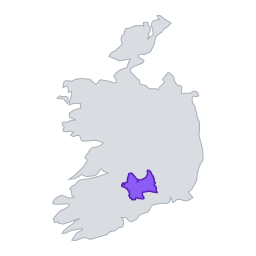 where South Tipperary sits in Ireland
{"feature_id": "IRL-5572", "entity_name": "South Tipperary", "entity_type": "County", "adm_level": 1, "iso_a3": "IRL", "parent_name": "Ireland", "parent_adm1": "", "projection": "mercator", "projection_center": [-7.948, 52.469], "detail": "fine", "context": "in_parent", "style": "filled", "palette": "violet", "viewbox_px": 256, "rotation_deg": 0, "n_neighbors": 0, "source": "natural_earth", "source_scale": "10m", "svg_char_len": 5836}
<svg xmlns="http://www.w3.org/2000/svg" viewBox="0 0 256 256"><path d="M162.1,31.9L156.7,35.8L155.8,37.2L154.3,43.1L154.1,44.8L150.7,51.3L148.8,52.7L145.9,53.7L144.2,54.8L142.2,54.2L139.6,54.3L138.3,55.5L138.3,56.4L139.1,57.4L143.9,60.4L143.7,61.7L142.3,63.1L133.7,66.6L131.1,68.7L130.2,70.1L131.1,72.4L138.0,79.3L139.2,80.1L140.2,84.1L146.3,85.8L148.8,88.3L150.9,88.9L155.5,88.7L157.4,89.7L158.5,89.0L159.1,87.6L164.3,82.7L162.7,79.0L167.9,72.7L169.4,72.8L171.9,74.7L173.9,77.4L174.5,81.0L176.5,84.2L177.7,85.3L181.0,85.9L181.8,87.2L181.2,91.8L181.7,93.4L190.2,93.2L193.7,91.2L196.6,91.6L198.1,93.7L198.7,95.8L196.2,96.6L193.5,96.1L192.2,97.5L192.1,100.2L193.0,103.7L194.8,106.1L196.2,111.7L197.4,117.8L199.2,121.4L199.6,126.0L199.3,128.2L199.7,132.3L198.9,133.7L199.5,137.4L202.6,149.5L203.2,158.9L201.7,162.4L199.6,165.7L198.3,169.7L197.3,173.9L196.6,180.8L192.2,188.7L190.3,190.7L188.2,191.9L192.9,197.5L189.0,200.0L184.8,200.8L180.1,199.4L177.2,199.5L173.4,202.4L172.6,201.9L170.8,197.3L169.5,202.0L166.8,203.5L162.2,203.2L154.5,204.5L151.5,205.8L150.3,207.9L149.3,210.3L148.1,211.7L146.8,212.5L140.8,214.3L139.6,215.0L136.8,218.9L133.2,221.1L130.2,221.8L127.5,219.5L126.4,218.2L125.2,217.5L121.1,217.6L122.4,218.3L123.2,219.9L123.6,222.9L123.2,225.9L121.1,227.4L118.7,227.7L114.9,230.8L109.9,231.6L107.2,234.5L90.5,239.3L89.6,239.3L87.3,238.1L84.8,237.6L82.3,238.0L75.3,240.6L71.9,240.1L76.3,233.4L82.0,230.1L82.6,229.1L80.7,228.7L69.7,231.0L65.9,233.0L62.1,233.6L63.9,230.6L68.8,226.4L73.1,223.6L74.9,221.2L80.1,218.4L63.4,224.1L59.0,223.4L57.9,221.8L54.5,222.6L53.2,218.7L58.3,212.8L61.2,210.2L64.8,208.9L68.1,206.9L69.4,204.5L67.8,203.7L57.7,204.3L52.8,203.8L53.1,201.9L54.0,199.7L59.0,196.1L61.7,195.5L64.1,195.9L68.4,198.0L74.1,197.3L71.7,195.0L71.3,190.2L69.5,188.7L71.8,186.4L74.5,185.1L78.9,180.5L80.5,179.9L89.3,178.7L98.8,176.3L108.2,173.0L103.4,171.2L101.1,168.7L97.4,173.7L94.7,175.6L87.1,176.6L84.8,176.0L81.4,174.5L80.4,175.1L79.4,176.2L74.4,178.7L69.1,179.3L75.2,174.8L83.0,167.2L84.7,164.8L87.2,160.7L86.4,158.8L84.8,157.8L90.4,149.1L92.4,147.6L96.0,147.3L98.6,146.0L99.8,145.9L100.8,145.4L103.1,142.8L99.6,141.2L95.9,140.3L84.5,141.2L83.0,141.1L81.6,140.3L80.7,139.1L80.0,136.2L79.2,135.5L76.6,135.5L74.1,136.4L72.3,136.3L70.6,135.0L73.3,132.0L69.7,131.3L66.1,131.9L63.1,131.0L63.0,129.1L64.4,127.2L62.6,125.4L62.2,123.1L64.1,122.0L66.2,122.4L70.5,120.7L75.9,119.9L71.2,118.2L69.4,116.8L69.3,114.6L69.7,112.7L75.1,109.6L80.8,108.2L80.4,106.1L80.8,103.8L75.0,103.2L69.2,104.8L69.8,100.4L71.2,96.5L71.5,94.0L71.2,91.2L68.5,92.4L68.2,88.5L67.1,85.8L63.1,87.6L63.2,84.1L64.3,81.6L66.4,80.6L68.5,81.0L72.3,81.0L76.0,79.1L81.4,78.6L89.9,79.2L95.7,84.5L97.2,83.5L99.6,80.2L100.6,79.8L109.5,81.3L114.9,83.2L116.4,82.6L115.6,78.9L113.7,76.4L116.1,73.0L119.0,70.7L120.9,69.6L125.3,68.2L127.3,66.9L128.5,62.5L130.6,58.9L119.5,60.8L108.9,56.5L110.5,53.5L112.8,51.8L116.6,50.4L117.0,48.9L119.0,47.5L122.2,44.1L121.0,39.5L121.6,36.2L124.0,34.0L124.7,30.9L125.7,28.6L130.5,27.8L135.0,25.7L142.0,25.4L143.8,26.3L143.4,22.5L146.7,22.0L148.0,22.7L148.5,25.4L150.0,27.1L150.5,30.1L149.5,32.4L147.8,34.1L149.3,35.9L147.0,39.2L149.5,37.8L153.2,34.6L153.0,32.0L152.4,28.7L151.3,25.8L151.8,22.5L153.9,20.5L159.3,19.4L157.0,15.7L159.0,15.4L161.2,16.1L164.3,19.0L171.0,23.1L167.7,26.7L163.7,29.2L162.1,31.9ZM68.1,101.9L67.9,103.6L65.4,101.4L64.1,99.2L57.1,98.1L60.0,95.8L61.5,96.5L66.4,96.6L67.8,97.5L68.1,101.9Z" fill="#d9dde1" stroke="#a8b0b8" stroke-width="1"/><path d="M157.1,192.5L153.0,192.0L151.6,191.5L149.3,191.1L144.2,192.0L143.3,192.1L143.0,192.1L142.8,192.3L142.5,192.7L142.4,193.1L142.3,193.4L142.4,193.8L142.4,195.0L142.6,195.9L142.6,196.0L143.2,196.2L143.4,196.3L143.5,196.4L143.6,196.6L143.6,196.8L143.7,197.2L143.8,197.7L143.9,198.5L143.6,198.7L143.1,198.8L138.6,198.4L138.2,198.2L137.7,197.9L137.1,197.7L136.0,197.8L135.7,197.9L135.5,198.3L135.5,198.5L135.5,198.8L135.5,199.2L135.5,199.4L135.2,199.6L134.8,199.7L131.8,199.6L131.9,199.1L131.8,198.7L130.7,198.4L130.2,198.2L130.0,197.9L129.8,197.6L129.7,196.9L129.4,196.1L128.8,195.6L129.7,194.3L129.8,194.1L129.8,193.8L129.7,193.7L129.4,193.4L129.2,193.3L129.1,193.1L129.1,192.8L129.4,191.4L129.4,191.0L129.3,190.8L128.3,190.8L128.0,190.5L127.7,190.1L127.3,189.1L127.1,188.7L126.8,188.4L126.2,188.5L125.9,188.4L124.5,187.1L124.2,186.9L123.6,186.9L123.3,186.9L122.9,186.8L122.6,186.7L122.3,186.7L122.2,186.6L121.8,186.2L121.7,185.9L121.7,185.7L121.8,185.3L121.9,184.7L121.9,184.4L122.0,184.2L122.1,183.9L122.6,183.5L122.9,183.2L123.0,183.1L123.3,183.0L123.6,183.1L123.7,183.4L123.7,183.5L123.7,183.8L123.7,184.4L123.8,184.6L123.9,184.8L124.1,184.8L124.2,184.7L124.4,184.4L124.4,183.7L124.4,183.2L125.0,182.8L125.5,182.5L125.9,182.5L126.1,182.5L126.5,182.6L126.9,182.6L127.1,182.5L127.2,182.4L127.3,182.3L127.3,182.2L127.4,181.7L127.5,181.4L127.5,181.0L127.5,180.1L127.4,179.6L127.3,179.1L127.4,178.8L127.4,178.6L127.7,178.4L127.8,178.1L127.9,177.8L128.0,176.7L128.1,176.4L128.5,175.4L128.6,174.9L128.7,173.8L130.3,173.2L131.8,173.2L133.7,175.3L136.1,178.2L136.7,179.0L137.8,179.7L137.4,181.6L137.4,181.9L137.6,181.9L137.8,181.9L137.9,181.7L138.4,179.6L138.9,179.9L140.7,180.0L143.0,179.1L145.6,177.6L147.5,174.5L147.7,173.2L147.4,172.0L147.3,171.0L148.0,170.1L148.7,170.4L148.9,170.5L149.5,170.9L150.2,171.3L150.3,171.4L150.5,171.5L150.7,171.9L152.3,175.3L153.3,176.4L153.4,176.6L153.4,176.9L153.4,177.7L153.5,178.0L154.1,178.4L154.2,178.6L154.2,178.9L154.2,179.5L154.1,180.9L154.1,181.8L154.2,182.0L154.3,182.2L154.5,182.3L155.0,182.2L155.2,182.3L155.2,182.5L155.2,182.9L155.2,183.1L155.2,183.3L155.1,183.5L154.8,183.8L154.3,184.1L154.0,184.3L153.9,184.5L153.9,184.8L154.1,185.0L154.7,185.4L154.9,185.7L155.2,186.0L156.2,187.1L156.3,187.3L156.3,187.7L156.3,188.8L156.3,189.4L156.2,189.9L156.4,190.6L157.1,192.5Z" fill="#8b5cf6" stroke="#5b21b6" stroke-width="1.5"/></svg>